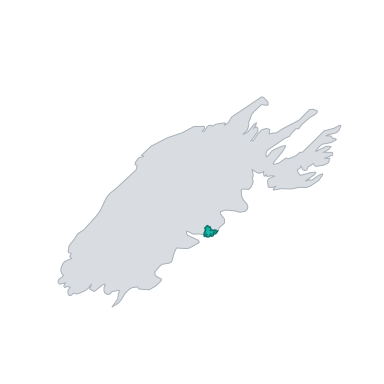 location of Fjallabyggð, Norðurland eystra, Iceland, rotated 148°
{"feature_id": "244011B2207988314752", "entity_name": "Fjallabyggð", "entity_type": "district", "adm_level": 2, "iso_a3": "ISL", "parent_name": "Iceland", "parent_adm1": "Norðurland eystra", "projection": "robinson", "projection_center": [-18.797, 66.047], "detail": "fine", "context": "in_parent", "style": "filled", "palette": "teal", "viewbox_px": 384, "rotation_deg": 148, "n_neighbors": 0, "source": "geoboundaries", "source_scale": "gbopen_adm2", "svg_char_len": 6614}
<svg xmlns="http://www.w3.org/2000/svg" viewBox="0 0 384 384"><g transform="rotate(148 192 192)"><path d="M293.4,142.6L296.8,142.8L302.3,141.5L310.1,137.7L313.4,136.8L321.0,136.8L311.8,140.5L308.5,144.5L306.0,146.5L306.1,147.4L312.7,149.9L315.8,149.1L317.2,149.4L318.5,150.5L319.4,152.8L318.9,155.2L317.1,157.6L314.6,159.6L315.0,160.2L317.1,160.6L327.8,159.4L329.1,162.3L330.1,163.3L329.8,164.3L325.7,167.4L330.6,165.4L334.6,164.9L341.5,165.9L344.3,167.0L346.0,169.0L349.4,168.4L351.0,169.5L351.1,170.8L349.7,174.1L345.7,175.8L348.3,178.2L350.3,178.3L350.7,178.8L350.5,180.3L347.5,181.9L352.7,183.8L353.4,184.5L353.2,186.7L352.3,187.9L350.8,188.6L347.1,188.7L344.9,189.5L345.7,190.9L345.1,194.7L342.3,197.8L339.6,199.5L336.9,200.6L329.4,199.4L329.8,202.1L327.2,203.7L327.7,205.1L328.7,205.8L328.3,207.6L325.0,211.3L322.6,212.4L317.8,213.9L311.0,217.2L304.0,217.2L286.9,222.0L280.1,224.6L268.0,232.3L262.9,234.3L254.1,235.3L227.7,240.4L224.7,243.4L224.6,244.1L225.8,245.3L223.8,247.4L219.8,249.0L217.9,249.0L214.6,247.7L214.2,248.3L215.5,249.9L202.5,252.5L184.5,251.1L168.6,247.4L156.0,246.6L147.1,241.4L146.9,240.6L147.9,239.0L151.1,238.3L149.6,236.7L144.2,239.5L142.4,239.4L140.2,238.3L140.1,237.2L135.6,236.8L127.9,233.4L127.4,232.7L129.2,231.6L128.9,231.4L124.7,231.5L118.5,234.6L82.4,235.8L81.2,234.2L79.9,228.2L81.2,225.7L82.7,225.9L86.8,229.3L96.5,227.4L100.5,226.1L104.2,222.9L106.3,221.8L109.4,217.7L112.4,215.1L118.5,213.9L113.1,213.2L103.9,216.5L100.8,216.5L102.3,215.0L105.5,213.4L103.3,213.3L102.5,212.6L102.5,211.0L104.1,208.5L114.9,204.1L112.4,203.2L104.9,206.6L99.5,207.8L95.1,206.3L93.1,204.2L93.2,203.3L95.9,200.6L95.5,200.1L93.7,199.8L89.0,197.4L81.5,197.6L62.9,196.2L48.7,199.6L45.4,198.0L42.8,194.7L43.4,193.4L45.9,192.6L52.7,192.7L62.9,191.1L67.6,189.2L69.3,189.6L70.2,190.6L76.4,189.1L79.8,187.5L85.3,188.3L106.4,187.4L109.1,185.2L110.3,182.7L109.8,182.1L102.1,184.5L100.3,184.5L91.4,183.2L88.2,181.8L89.3,180.6L94.1,178.2L106.3,174.1L108.0,173.2L108.2,172.3L103.4,170.5L94.4,171.0L92.2,168.9L84.7,167.7L79.7,168.5L77.1,167.2L47.4,173.8L38.0,170.8L31.2,170.3L30.6,169.3L34.7,166.4L37.4,165.9L40.2,166.2L45.3,168.2L48.9,168.8L44.5,165.9L44.4,163.0L43.0,162.3L41.7,160.4L42.3,159.8L47.7,160.2L56.2,163.5L60.5,162.9L66.0,160.8L53.7,159.6L50.1,157.0L52.8,155.7L59.2,155.9L52.3,151.4L52.0,150.6L53.3,148.7L62.1,150.4L57.5,147.8L57.4,147.2L58.7,146.7L59.5,145.1L61.8,144.4L66.2,145.0L73.1,148.0L74.0,148.9L74.2,152.0L76.9,151.5L80.2,151.9L83.0,149.8L84.8,150.3L86.2,152.2L85.9,156.3L87.8,154.9L91.1,154.8L91.7,151.4L91.1,148.6L80.7,145.5L76.6,143.2L77.1,142.5L79.2,141.8L90.2,141.2L85.5,139.9L84.4,138.5L76.0,139.0L71.8,138.4L71.8,137.7L73.5,136.7L78.6,134.6L88.3,134.4L92.1,135.0L99.5,139.6L105.4,141.5L115.2,147.9L121.6,150.3L121.9,150.9L120.8,151.7L118.3,152.5L122.1,153.6L124.3,155.3L124.5,156.0L122.3,161.1L119.8,162.7L113.9,161.8L115.3,163.4L119.5,165.1L120.4,166.1L119.8,167.1L121.8,166.8L122.4,167.3L121.4,170.2L120.4,171.3L123.9,171.8L126.3,173.3L129.1,179.1L130.8,174.6L131.7,173.0L133.2,172.4L135.0,167.8L139.0,165.1L142.7,164.1L146.5,167.3L149.3,167.6L152.2,162.0L152.7,157.8L151.8,153.3L152.4,150.0L154.3,148.1L156.8,147.5L162.1,149.4L166.5,154.0L173.1,158.9L177.8,160.1L178.6,159.9L179.4,158.3L178.8,151.9L181.0,148.4L186.5,147.6L194.8,144.4L196.7,144.3L200.8,146.1L208.2,152.6L213.4,155.7L216.2,160.5L217.4,161.4L218.6,159.9L218.7,157.7L212.3,147.8L212.2,146.4L212.8,145.3L224.2,145.9L226.8,147.0L234.8,152.7L238.7,150.3L246.3,143.6L249.0,143.8L255.6,146.5L258.2,146.3L265.9,143.9L267.5,140.7L264.1,134.3L265.4,133.0L272.5,131.5L280.2,131.8L288.3,137.7L288.7,140.5L293.4,142.6Z" fill="#d9dde1" stroke="#a8b0b8" stroke-width="1"/><path d="M196.8,155.3L197.2,155.3L197.6,155.3L197.8,155.2L198.1,155.2L198.7,154.8L199.0,154.9L199.2,154.7L199.3,154.7L199.6,154.6L200.3,154.6L200.4,154.3L200.4,154.2L200.2,154.1L200.2,153.9L200.2,153.7L200.4,153.6L200.4,153.4L200.4,153.2L200.2,153.1L200.3,152.9L200.5,152.8L200.5,152.7L200.8,152.3L201.0,152.3L201.3,152.3L201.5,152.2L202.0,151.7L201.8,151.4L201.8,151.2L202.2,151.2L202.5,151.2L202.8,151.2L203.0,151.1L203.1,150.9L203.3,150.8L203.4,150.6L203.6,150.5L203.7,150.4L203.8,150.1L203.9,149.9L204.1,149.8L204.3,149.7L204.3,149.4L204.4,149.2L204.5,149.1L204.6,148.9L204.7,148.7L204.9,148.4L204.8,148.2L205.0,148.1L205.0,147.9L204.8,147.7L204.6,147.8L204.4,147.8L203.8,148.0L203.5,148.2L203.4,148.2L203.1,148.3L202.9,148.3L202.7,148.4L202.6,148.5L202.4,148.5L202.5,148.5L202.4,148.5L202.3,148.4L202.5,148.4L202.3,148.4L202.3,148.5L202.2,148.4L202.1,148.2L202.4,148.0L202.4,147.9L202.5,147.9L202.8,147.7L203.0,147.6L203.5,147.3L203.6,147.2L203.7,146.9L203.6,146.7L203.4,146.5L203.4,146.4L203.1,146.2L202.9,146.0L202.8,145.9L202.6,145.8L202.6,145.7L202.4,145.6L202.2,145.4L201.9,145.3L201.8,145.2L201.7,145.2L201.3,145.1L200.9,145.1L200.2,145.3L199.9,145.4L199.8,145.5L199.7,145.6L199.5,145.8L199.3,145.9L199.2,146.0L199.0,146.3L198.7,146.4L198.3,146.3L198.3,146.1L198.5,145.8L198.6,145.7L198.7,145.4L198.9,145.1L199.0,145.1L199.3,144.8L199.3,144.7L199.2,144.6L199.2,144.4L198.7,144.0L198.5,143.9L198.4,143.9L198.2,144.0L197.8,143.8L197.5,143.8L197.4,143.8L197.0,143.8L196.9,143.8L196.7,143.9L196.4,143.8L196.7,143.9L196.8,143.9L196.8,144.0L196.8,144.3L196.7,144.4L196.7,144.5L196.5,144.8L196.4,144.8L196.4,145.0L196.2,145.3L195.9,145.5L195.7,145.6L195.5,145.8L195.3,145.9L195.2,145.9L195.0,146.0L194.7,146.1L194.7,145.9L194.9,145.9L195.0,145.8L194.8,145.8L194.7,145.8L194.8,145.7L195.0,145.7L195.3,145.5L195.2,145.5L195.1,145.4L195.0,145.5L195.0,145.4L194.9,145.4L195.0,145.4L195.1,145.2L195.1,144.9L195.1,144.7L194.9,144.4L194.6,144.3L194.4,144.2L194.1,144.2L193.8,144.2L193.7,144.2L193.1,144.3L192.8,144.5L192.6,144.5L192.4,144.6L192.3,144.8L192.2,144.8L191.9,144.9L191.8,145.0L191.7,145.1L191.3,145.2L191.2,145.2L190.9,145.3L191.8,145.9L192.0,146.0L192.3,146.2L192.3,146.3L192.2,146.4L192.1,146.5L192.2,146.8L192.1,147.0L192.4,147.2L192.4,147.3L192.7,147.5L192.8,147.5L193.0,147.6L192.9,147.6L193.0,147.8L193.3,147.9L193.8,147.9L193.8,148.0L194.0,148.1L194.2,148.3L194.3,148.3L194.7,148.3L194.8,148.4L195.1,148.6L195.3,148.7L195.2,148.8L195.1,149.0L195.3,149.1L195.6,149.3L195.8,149.4L196.1,149.6L196.4,149.6L196.6,149.9L196.3,150.0L196.1,150.1L195.7,150.2L195.6,150.3L195.5,150.5L195.7,150.8L195.8,150.9L195.8,151.0L195.7,151.1L195.5,151.4L195.4,151.6L195.4,151.8L195.3,152.0L195.5,152.3L195.4,152.3L195.2,152.3L195.1,152.5L195.4,153.0L195.7,153.3L196.0,153.4L196.2,153.5L196.7,153.8L196.8,154.3L196.8,154.5L196.7,154.5L196.5,154.8L196.4,154.9L196.4,155.0L196.7,155.1L196.8,155.3Z" fill="#14b8a6" stroke="#0f766e" stroke-width="1.5"/></g></svg>